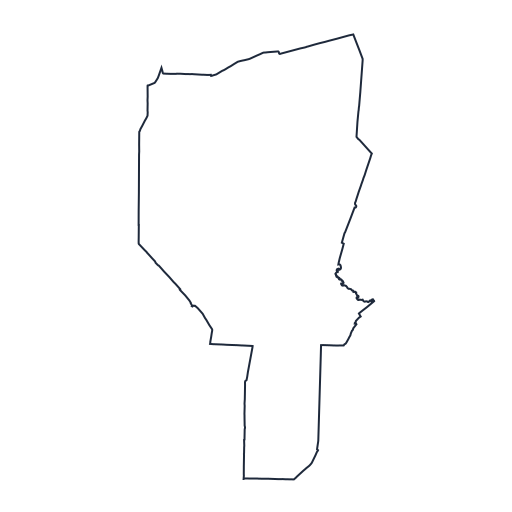 Cujmir, Mehedinti, Romania, rotated 91°
{"feature_id": "2599482B72848600884010", "entity_name": "Cujmir", "entity_type": "district", "adm_level": 2, "iso_a3": "ROU", "parent_name": "Romania", "parent_adm1": "Mehedinti", "projection": "orthographic", "projection_center": [22.937, 44.205], "detail": "fine", "context": "isolated", "style": "outline", "palette": "slate", "viewbox_px": 512, "rotation_deg": 91, "n_neighbors": 0, "source": "geoboundaries", "source_scale": "gbopen_adm2", "svg_char_len": 5974}
<svg xmlns="http://www.w3.org/2000/svg" viewBox="0 0 512 512"><g transform="rotate(91 256 256)"><path d="M227.0,373.7L228.7,373.7L239.6,373.6L244.0,373.6L245.7,373.5L246.1,373.3L247.5,371.9L252.1,367.4L253.4,366.0L253.8,365.5L254.3,365.3L255.0,364.6L256.8,362.9L259.7,360.2L263.1,356.9L263.7,356.6L264.5,356.3L266.6,354.2L267.1,353.6L267.3,353.0L270.1,350.4L273.0,347.8L278.6,342.3L283.4,338.0L285.3,336.0L290.5,331.2L291.0,331.6L291.6,331.1L296.6,326.1L301.7,321.8L303.9,320.4L304.2,320.5L304.8,320.2L306.4,319.2L306.8,318.8L307.3,319.2L307.6,318.7L307.0,318.0L306.7,317.4L306.7,317.2L306.8,317.0L306.8,316.8L307.0,316.5L306.9,316.0L309.2,313.3L314.7,308.3L318.9,305.9L320.7,304.6L326.0,301.4L329.7,298.8L330.4,298.5L331.4,298.5L333.8,298.9L337.6,299.4L342.0,300.1L342.7,300.2L343.5,300.2L344.7,300.4L344.9,297.4L345.1,287.5L345.3,283.7L345.5,272.9L345.7,268.7L345.7,267.4L346.0,258.4L346.1,257.8L347.8,258.0L370.6,261.8L371.7,262.0L377.0,262.7L380.3,263.3L381.1,264.4L381.4,264.6L382.4,264.8L385.4,264.7L393.1,264.7L394.6,264.7L399.4,264.7L403.9,264.9L406.1,264.7L414.0,264.8L415.6,264.7L419.6,264.6L422.2,264.5L425.7,264.4L427.0,264.1L427.7,264.0L428.1,264.0L429.4,264.3L431.8,264.3L439.8,264.3L440.0,264.7L446.2,264.4L447.0,264.5L453.4,264.5L454.0,264.6L455.6,264.5L466.4,264.5L474.6,264.4L475.7,264.3L479.2,264.5L479.2,264.4L478.9,264.2L478.7,263.9L478.6,262.1L478.6,259.5L478.5,250.4L478.6,249.1L478.5,239.5L478.7,230.3L478.6,225.5L478.7,222.7L478.7,214.2L477.0,212.3L475.9,211.3L470.1,205.2L467.8,202.6L467.2,202.0L466.4,201.0L465.0,199.3L464.3,198.6L462.9,197.4L461.8,196.6L454.3,193.1L450.9,191.7L449.6,190.8L449.1,190.6L448.4,191.4L448.2,191.6L445.1,191.2L440.6,190.6L439.5,190.5L354.9,189.5L344.0,189.4L343.9,187.4L344.0,179.7L344.1,176.9L344.1,173.5L344.0,170.3L343.9,166.8L342.7,166.0L342.3,165.2L341.9,164.7L340.4,163.8L337.2,162.1L335.5,161.3L333.8,160.3L331.7,159.8L329.0,158.7L328.6,158.2L327.9,157.8L326.6,157.5L322.5,154.4L321.4,155.1L321.3,155.5L321.6,156.1L321.4,156.1L320.8,155.7L320.6,155.4L320.1,155.1L319.2,155.0L315.9,152.0L314.7,150.3L311.7,152.1L311.2,151.6L308.4,148.2L305.3,144.3L299.1,137.1L298.8,137.2L298.9,137.9L298.8,138.2L298.5,138.5L298.4,138.5L297.9,138.2L297.7,138.1L297.3,138.3L297.3,138.7L297.4,139.1L297.6,139.3L298.0,139.7L298.3,139.7L298.7,139.2L299.0,139.2L299.3,139.5L299.5,139.9L299.4,140.1L298.5,140.6L298.4,140.9L298.6,141.4L299.9,142.5L300.1,142.9L299.9,143.3L299.9,143.7L299.5,144.1L299.4,144.6L299.4,144.9L299.5,145.7L299.8,146.4L299.6,147.1L299.3,147.6L298.6,148.2L298.1,148.4L297.8,148.6L298.0,149.0L298.1,150.0L297.9,150.5L297.9,151.1L297.8,151.7L298.2,152.3L298.2,152.8L298.1,153.3L297.6,153.8L297.0,154.3L296.4,154.7L295.9,154.7L295.6,154.6L295.4,154.4L295.3,154.2L295.7,154.1L295.9,153.9L296.1,153.4L295.6,153.0L295.1,152.8L294.6,152.8L294.1,153.0L294.1,153.4L293.9,153.8L293.4,154.4L293.1,154.5L292.9,154.6L292.6,154.7L291.7,155.4L291.4,155.4L290.7,155.2L290.5,155.5L290.4,155.9L290.3,156.2L290.0,156.3L289.9,156.5L290.3,157.5L290.2,157.8L290.1,158.1L289.5,158.1L288.9,158.4L288.7,159.5L287.7,160.2L287.5,160.6L287.1,162.3L287.2,162.8L286.6,163.8L285.4,164.5L284.3,165.5L284.3,165.9L283.9,166.6L283.8,167.0L283.9,167.6L283.7,167.7L283.7,168.5L284.1,168.8L284.0,169.3L283.8,169.6L282.5,170.4L282.2,170.4L282.2,170.2L282.4,169.8L282.4,169.5L281.8,169.3L281.8,168.7L281.5,168.1L281.2,168.0L280.1,168.5L279.8,168.6L279.5,168.9L279.5,169.2L279.4,169.3L279.4,169.6L279.3,169.8L278.6,169.8L278.3,170.0L278.0,170.4L278.0,170.6L277.8,170.9L277.6,171.2L277.6,171.4L277.7,171.7L278.1,171.6L278.1,172.0L277.9,172.4L277.7,172.6L277.4,172.6L276.4,172.4L276.3,172.6L276.2,173.8L276.1,174.0L275.8,174.2L275.4,174.0L275.2,174.0L275.0,174.3L275.0,174.5L275.2,174.8L275.3,175.1L274.9,175.3L274.6,175.2L274.4,175.2L274.3,175.5L274.0,175.7L273.8,175.7L273.5,175.6L273.2,175.6L272.8,176.1L272.5,176.3L271.8,175.9L271.4,175.6L270.7,174.8L270.7,174.0L270.3,173.9L269.8,174.0L269.6,174.4L269.7,174.7L269.3,175.0L268.8,175.1L267.9,174.8L267.5,174.1L267.4,173.9L267.4,173.2L267.2,173.0L267.3,172.8L267.4,172.7L267.6,172.5L268.0,172.9L268.1,173.0L268.3,172.9L268.3,172.6L268.3,172.2L267.5,171.2L266.4,170.8L264.5,171.1L264.1,171.4L263.6,171.5L263.1,172.0L262.8,172.7L263.0,173.5L261.2,173.2L256.6,172.2L247.2,169.7L242.2,168.5L241.2,170.4L231.6,167.9L230.9,167.4L228.2,166.4L217.1,162.3L205.9,158.3L206.0,158.0L205.9,157.6L205.8,157.3L205.6,157.0L205.0,156.7L204.6,156.6L204.0,156.7L203.5,157.1L202.9,157.6L202.3,157.9L201.8,157.9L201.2,157.9L199.5,157.2L196.9,156.5L193.7,155.5L190.0,154.4L183.5,152.2L182.7,152.0L178.0,150.4L176.5,150.0L173.3,148.8L167.9,147.2L156.3,143.5L153.4,142.7L151.5,142.0L150.1,143.4L138.1,154.6L137.2,155.9L135.1,157.6L120.0,156.9L109.6,156.1L108.4,155.9L105.5,155.7L104.1,155.5L90.8,154.6L58.7,152.8L57.1,152.8L49.0,156.0L41.2,159.2L32.8,162.6L33.8,166.9L37.4,179.1L39.5,186.7L40.7,190.7L42.1,196.1L43.7,201.6L45.7,208.0L45.9,208.9L46.3,209.7L46.7,211.1L47.7,215.4L53.2,234.6L53.5,235.4L53.5,236.0L53.1,236.4L51.6,236.8L51.1,237.3L51.1,237.8L51.9,246.3L52.1,248.1L52.2,249.0L52.3,249.3L52.5,252.0L52.8,252.8L54.2,255.6L55.4,258.3L58.9,265.6L59.3,266.7L60.5,271.3L60.7,272.4L61.3,274.9L62.1,277.6L63.1,279.2L63.7,280.1L63.9,280.5L66.7,284.7L67.9,286.9L69.8,289.8L70.9,291.7L71.3,292.8L75.1,298.8L75.4,299.7L76.1,302.0L76.6,303.3L76.6,303.6L76.7,304.0L75.6,304.3L75.8,306.1L75.8,308.6L75.7,310.4L75.7,313.3L75.6,315.3L75.3,322.0L75.2,323.0L75.3,324.6L75.3,330.1L75.1,334.4L75.1,337.4L75.1,338.4L75.3,339.0L75.4,343.7L75.3,349.3L75.2,351.8L75.0,352.1L74.7,352.3L74.3,352.5L73.2,352.7L69.5,353.8L77.4,356.4L79.6,357.2L80.2,357.5L83.8,359.7L84.7,360.4L87.3,366.4L87.4,367.3L87.7,367.4L98.7,367.1L102.1,367.2L105.3,367.0L112.5,367.0L114.2,366.8L117.5,366.9L118.1,367.1L120.4,368.2L122.5,369.4L128.0,372.1L131.2,373.8L133.0,374.3L133.2,374.5L133.5,374.7L133.9,374.9L146.6,374.8L153.5,374.6L156.4,374.7L164.4,374.6L195.3,374.2L212.7,374.1L227.0,373.9L227.0,373.7Z" fill="none" stroke="#1e293b" stroke-width="2"/></g></svg>